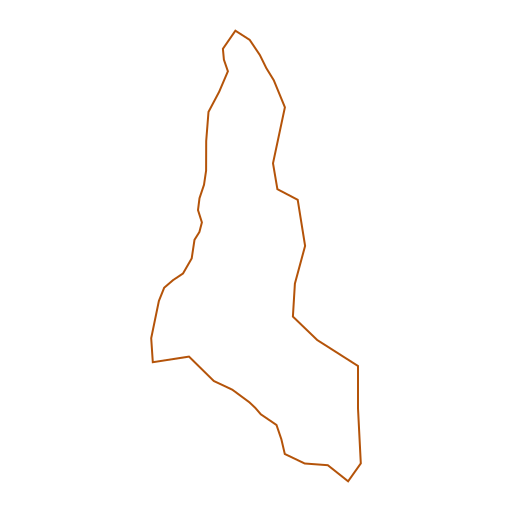 Luuka, Natural Earth projection
{"feature_id": "UGA-5592", "entity_name": "Luuka", "entity_type": "District", "adm_level": 1, "iso_a3": "UGA", "parent_name": "Uganda", "parent_adm1": "", "projection": "natural_earth1", "projection_center": [33.351, 0.802], "detail": "fine", "context": "isolated", "style": "outline", "palette": "amber", "viewbox_px": 512, "rotation_deg": 0, "n_neighbors": 0, "source": "natural_earth", "source_scale": "10m", "svg_char_len": 706}
<svg xmlns="http://www.w3.org/2000/svg" viewBox="0 0 512 512"><path d="M152.8,362.2L151.2,338.2L158.9,300.9L164.2,287.7L173.2,280.0L183.0,273.5L191.7,258.4L194.5,239.8L199.4,232.0L201.9,222.4L198.0,210.1L199.5,198.2L204.0,184.8L206.1,170.6L206.2,141.0L208.5,111.9L219.2,91.7L227.9,71.3L223.9,59.7L222.9,48.8L235.4,30.7L249.7,39.9L259.9,55.1L266.3,68.1L273.8,80.3L284.9,107.3L273.0,163.3L277.4,189.2L297.7,199.8L305.1,245.9L294.9,283.6L292.9,316.6L317.3,340.1L358.0,366.0L358.0,408.4L360.8,463.4L348.1,481.3L327.8,465.2L304.7,463.5L284.8,454.0L281.4,439.4L276.5,425.0L260.8,414.3L255.4,408.0L249.4,402.3L232.3,389.7L213.8,381.0L189.0,356.6L152.8,362.2Z" fill="none" stroke="#b45309" stroke-width="2"/></svg>